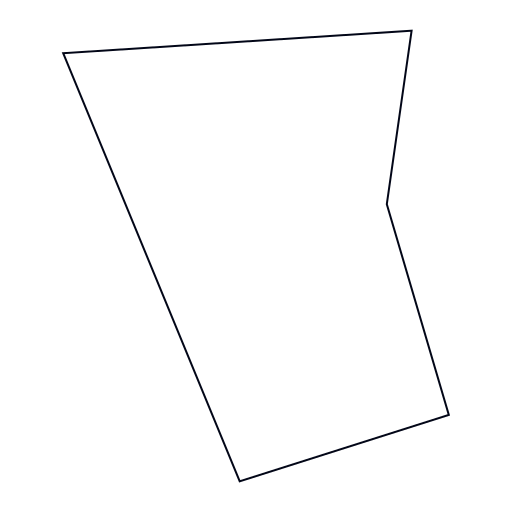 an SVG outline of Aiwo
{"feature_id": "NRU-4972", "entity_name": "Aiwo", "entity_type": "state/province", "adm_level": 1, "iso_a3": "NRU", "parent_name": "Nauru", "parent_adm1": "", "projection": "orthographic", "projection_center": [166.914, -0.531], "detail": "fine", "context": "isolated", "style": "outline", "palette": "ink", "viewbox_px": 512, "rotation_deg": 0, "n_neighbors": 0, "source": "natural_earth", "source_scale": "10m", "svg_char_len": 196}
<svg xmlns="http://www.w3.org/2000/svg" viewBox="0 0 512 512"><path d="M239.7,481.3L63.2,53.2L411.6,30.7L386.8,204.2L448.8,414.9L239.7,481.3Z" fill="none" stroke="#020617" stroke-width="2"/></svg>